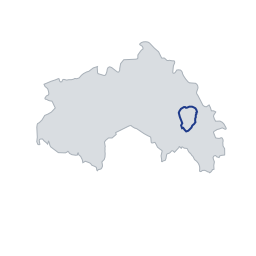 Guinea, with Kérouané highlighted, rotated 334°
{"feature_id": "GIN-5642", "entity_name": "Kérouané", "entity_type": "Prefecture", "adm_level": 1, "iso_a3": "GIN", "parent_name": "Guinea", "parent_adm1": "", "projection": "natural_earth1", "projection_center": [-8.86, 9.325], "detail": "fine", "context": "in_parent", "style": "outline", "palette": "blue", "viewbox_px": 256, "rotation_deg": 334, "n_neighbors": 0, "source": "natural_earth", "source_scale": "10m", "svg_char_len": 4111}
<svg xmlns="http://www.w3.org/2000/svg" viewBox="0 0 256 256"><g transform="rotate(334 128 128)"><path d="M153.8,168.7L152.0,168.4L151.1,168.8L148.7,172.1L147.2,173.4L145.0,173.0L144.1,173.3L143.5,172.9L144.4,171.1L145.5,167.5L148.5,163.8L148.6,163.1L147.4,160.9L146.1,158.1L146.1,155.0L145.9,152.7L143.2,152.1L142.7,151.7L142.6,151.0L144.1,147.1L144.3,146.3L144.1,145.6L142.4,143.6L139.9,140.0L135.5,132.4L133.9,130.9L132.4,128.6L131.8,127.1L130.1,126.6L114.9,126.7L114.6,128.6L109.3,130.0L106.1,128.4L102.5,129.3L100.7,130.3L99.4,134.7L98.6,135.7L97.8,137.6L97.1,138.7L96.3,140.9L94.6,144.0L92.8,145.9L89.7,147.0L88.7,150.3L88.0,151.5L86.9,152.4L85.6,153.0L83.1,152.4L81.7,153.0L81.5,152.2L82.3,149.6L81.6,148.3L79.2,145.6L79.0,144.3L78.3,142.6L75.1,139.2L72.2,139.4L73.0,136.6L73.0,132.7L72.0,130.6L72.3,128.5L71.7,128.6L70.7,130.1L69.1,129.6L65.9,127.4L64.3,125.2L64.1,123.3L63.8,122.6L62.8,122.9L60.8,122.9L54.6,119.6L50.3,111.2L50.2,109.3L50.9,106.0L50.7,105.1L48.7,107.3L48.3,105.8L46.8,102.5L46.4,100.5L44.9,99.7L43.7,99.5L42.8,100.1L41.6,104.1L40.7,104.1L39.8,103.2L40.0,100.3L42.4,96.6L46.4,87.3L47.8,85.2L48.7,84.4L50.6,84.3L54.2,83.1L58.7,80.2L62.1,80.4L66.2,80.1L71.4,78.1L71.5,71.8L71.4,70.5L69.5,69.2L68.4,68.1L67.5,66.7L66.3,65.8L66.4,64.7L68.7,63.4L70.9,63.4L71.6,62.9L72.1,62.0L72.7,59.8L73.0,57.4L71.6,54.2L71.7,51.9L79.4,52.3L83.6,52.9L87.1,53.1L87.6,53.6L87.1,55.8L87.6,57.1L88.8,57.4L90.7,55.9L91.7,56.2L93.9,58.1L95.9,58.6L98.1,59.7L100.2,60.2L102.0,60.2L103.4,61.2L106.0,61.6L109.3,60.2L111.9,59.6L115.6,59.5L117.5,59.9L123.1,58.8L127.5,59.4L126.8,60.2L124.8,65.2L125.0,66.1L129.5,70.3L130.6,70.6L131.8,70.0L133.7,68.1L135.2,66.0L136.7,64.9L138.4,65.0L139.8,66.5L142.9,72.8L143.7,73.6L144.5,73.5L145.9,72.4L146.6,71.0L149.6,66.9L154.1,64.8L165.0,69.5L166.6,69.9L167.5,69.5L168.9,66.7L173.0,64.4L174.9,63.7L176.0,63.6L176.5,62.8L176.7,61.7L176.5,60.5L175.2,58.4L175.2,57.8L175.9,57.4L177.4,57.1L179.5,57.3L181.7,58.2L183.6,59.5L184.6,61.1L186.7,67.7L188.9,72.9L188.9,79.8L189.9,80.5L191.0,80.8L191.5,81.4L192.6,84.3L193.7,85.1L194.9,85.3L197.3,87.1L198.8,87.8L199.0,88.4L198.9,89.2L198.3,90.1L196.1,92.0L195.0,93.7L192.6,97.6L192.6,98.4L193.1,98.9L194.0,99.0L195.0,98.7L197.2,97.3L198.8,97.8L200.5,98.9L201.0,100.0L201.2,101.5L200.8,103.4L200.8,105.6L201.3,109.3L202.2,112.9L203.0,114.3L208.4,117.5L208.9,118.7L209.2,120.1L208.8,122.0L208.2,123.0L205.3,125.9L204.8,127.2L205.1,129.8L205.3,140.5L206.4,142.4L207.8,143.3L211.0,142.8L211.0,145.8L210.5,149.1L212.4,150.1L213.4,151.2L213.9,152.1L210.9,153.9L210.0,154.9L209.6,157.7L209.7,160.3L213.7,162.1L215.3,164.3L216.0,166.6L216.2,170.8L215.9,171.8L214.8,171.8L212.8,169.2L209.7,168.9L207.4,168.4L203.5,168.8L202.9,169.5L202.4,175.2L203.4,176.1L205.2,177.2L206.4,177.6L207.4,177.5L208.2,178.2L208.3,180.0L207.8,181.4L206.8,182.7L205.5,185.9L205.8,188.9L203.6,193.6L203.0,194.6L200.1,193.6L198.3,193.3L196.9,194.5L195.0,192.7L194.7,191.2L194.0,190.9L192.8,190.9L191.6,191.7L191.1,193.2L190.8,196.3L188.7,199.2L187.2,202.8L185.5,202.4L185.2,202.9L183.3,203.8L181.8,204.1L181.4,203.1L180.4,202.3L179.4,200.8L178.3,199.6L176.1,198.7L175.2,199.1L174.1,199.0L173.5,198.5L173.6,197.8L174.7,195.9L175.4,194.2L175.7,192.3L175.7,190.5L175.1,187.9L174.1,185.9L173.9,184.8L174.0,183.1L173.8,181.6L173.4,180.8L173.0,177.9L172.4,177.3L172.1,175.0L172.2,172.6L171.3,171.7L170.0,171.0L169.2,170.1L168.7,169.0L168.2,168.7L167.8,168.8L167.4,169.4L166.9,169.6L166.2,167.3L165.8,167.2L165.3,167.8L159.1,170.2L158.3,168.1L157.1,167.7L155.0,168.6L153.8,168.7Z" fill="#d9dde1" stroke="#a8b0b8" stroke-width="1"/><path d="M176.5,151.9L176.9,148.9L178.9,147.5L179.3,142.5L179.5,140.5L180.3,136.6L181.6,135.4L184.0,134.0L187.4,133.7L188.5,134.2L189.0,135.3L190.0,135.6L192.4,135.7L193.4,136.2L194.9,136.9L196.0,138.1L197.2,139.8L197.4,141.6L197.1,143.8L196.1,144.1L195.8,145.3L195.0,145.6L194.2,146.8L193.7,148.0L192.6,148.9L191.5,151.0L191.4,151.3L191.4,151.6L191.2,152.0L191.1,152.4L190.2,152.8L189.2,153.4L187.4,153.8L186.4,154.3L185.3,155.4L181.0,156.9L178.8,156.6L178.1,154.4L177.7,152.1L176.5,151.9Z" fill="none" stroke="#1e3a8a" stroke-width="2"/></g></svg>